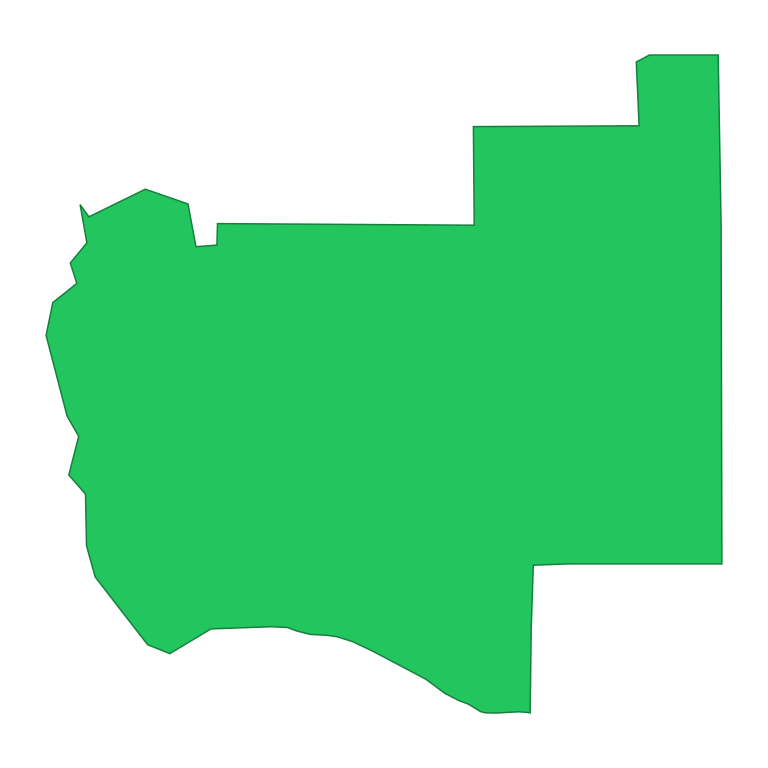 outline of Jersey, Illinois, United States of America
{"feature_id": "52423323B55765441585507", "entity_name": "Jersey", "entity_type": "district", "adm_level": 2, "iso_a3": "USA", "parent_name": "United States of America", "parent_adm1": "Illinois", "projection": "equal_earth", "projection_center": [-90.406, 39.093], "detail": "fine", "context": "isolated", "style": "filled", "palette": "green", "viewbox_px": 768, "rotation_deg": 0, "n_neighbors": 0, "source": "geoboundaries", "source_scale": "gbopen_adm2", "svg_char_len": 739}
<svg xmlns="http://www.w3.org/2000/svg" viewBox="0 0 768 768"><path d="M718.2,55.0L649.5,55.0L636.3,61.9L639.1,125.8L473.4,126.6L474.2,225.2L217.5,223.6L216.9,245.1L196.0,246.7L188.0,204.0L145.3,189.2L88.9,216.8L80.1,204.6L86.9,242.9L70.3,262.9L76.8,283.4L52.8,302.6L46.1,335.4L67.1,416.1L78.7,436.3L68.8,475.0L85.5,494.1L86.5,545.7L95.2,577.0L147.6,644.7L169.8,653.6L211.0,628.9L271.6,626.7L287.4,627.5L296.8,631.0L310.1,634.4L327.3,635.3L337.2,636.8L352.8,641.7L367.7,648.8L371.6,650.6L425.8,679.2L444.9,693.4L458.7,700.5L468.5,704.2L480.5,711.6L485.4,712.8L496.4,713.0L518.5,711.8L527.8,712.4L530.2,712.9L531.2,629.1L533.3,565.2L568.1,563.9L721.9,563.9L721.1,225.2L718.2,55.0Z" fill="#22c55e" stroke="#15803d" stroke-width="1.5"/></svg>